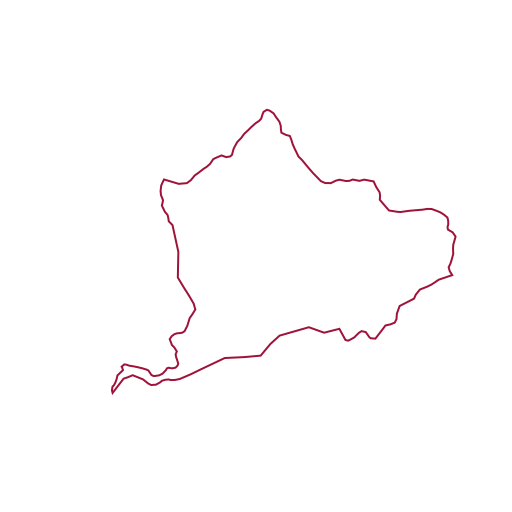 the district of Nagha Boguila, Ouham, Central African Republic, rotated 244°
{"feature_id": "33826404B99967621035211", "entity_name": "Nagha Boguila", "entity_type": "district", "adm_level": 2, "iso_a3": "CAF", "parent_name": "Central African Republic", "parent_adm1": "Ouham", "projection": "natural_earth1", "projection_center": [16.914, 7.123], "detail": "fine", "context": "isolated", "style": "outline", "palette": "rose", "viewbox_px": 512, "rotation_deg": 244, "n_neighbors": 0, "source": "geoboundaries", "source_scale": "gbopen_adm2", "svg_char_len": 2609}
<svg xmlns="http://www.w3.org/2000/svg" viewBox="0 0 512 512"><g transform="rotate(244 256 256)"><path d="M152.8,424.0L157.5,423.5L161.4,424.2L164.0,427.5L166.6,430.0L171.4,434.2L176.2,436.3L179.6,438.2L184.7,442.8L186.1,443.9L191.1,443.1L195.6,440.1L198.0,440.8L200.2,442.7L203.5,444.2L206.7,444.9L210.7,443.1L214.6,440.7L218.3,437.3L221.3,434.4L223.3,430.4L224.7,425.8L229.4,413.7L232.1,405.4L233.5,402.8L238.6,395.5L252.2,391.9L256.1,394.1L259.1,395.0L265.3,394.3L271.5,394.4L277.2,386.7L278.2,381.9L282.3,376.5L282.6,372.9L283.9,369.8L288.0,364.4L288.7,360.9L288.7,355.2L291.3,350.1L294.9,347.1L305.9,343.5L311.9,341.9L322.2,339.4L326.8,337.8L335.0,337.8L340.4,338.0L345.5,338.8L349.1,339.0L351.7,336.0L355.7,332.9L358.7,333.8L362.1,335.3L366.4,335.9L372.7,334.8L376.6,334.3L380.8,331.9L382.6,329.9L382.3,326.1L380.5,324.0L377.2,320.9L376.1,318.2L375.5,313.7L373.7,307.5L372.5,304.1L371.0,299.0L368.6,294.5L366.6,289.0L363.9,285.2L362.1,282.8L357.4,278.7L356.8,276.3L358.0,272.5L361.5,269.1L361.8,263.2L361.8,260.1L358.9,255.0L357.7,250.5L357.4,247.4L355.9,240.2L355.3,236.4L352.7,230.6L351.8,225.8L354.7,218.2L365.1,206.9L363.0,204.2L360.9,201.7L356.2,198.7L352.4,197.3L347.0,196.9L345.5,195.9L342.6,193.5L335.8,193.5L331.6,194.5L328.4,193.8L325.4,192.8L320.4,194.5L293.7,188.0L270.9,176.3L258.5,177.4L249.9,178.4L240.5,179.1L234.5,178.0L231.3,172.9L229.2,169.1L223.3,163.6L219.7,158.8L219.4,156.1L220.0,154.0L221.2,150.9L221.5,148.5L220.9,145.1L219.1,142.0L215.7,141.7L212.7,141.4L210.3,142.3L208.3,142.7L206.5,142.8L204.9,143.0L202.9,140.7L200.3,139.9L197.4,139.6L195.2,139.2L193.5,139.0L191.9,137.5L190.9,134.8L191.8,131.3L193.8,128.6L194.1,126.8L193.0,125.1L191.8,122.1L191.2,120.2L191.2,116.7L192.3,113.0L193.0,111.3L195.0,109.8L197.4,109.5L200.3,109.1L202.0,107.7L204.8,104.7L208.2,100.6L210.4,97.7L212.9,94.1L215.1,91.9L216.3,90.1L215.4,86.7L214.3,86.8L211.7,86.4L209.4,79.1L206.4,76.7L203.8,74.0L202.0,71.5L201.5,69.8L198.6,67.7L195.8,67.1L203.8,83.2L203.2,87.7L202.9,92.9L194.6,100.4L188.7,103.2L186.0,105.2L184.2,109.7L184.5,114.8L185.1,116.6L184.5,120.3L183.3,123.4L181.8,125.1L180.1,128.9L178.9,133.4L178.3,145.1L178.3,157.1L178.0,183.2L170.3,201.1L164.4,216.5L170.6,230.3L174.1,242.3L168.8,272.3L157.2,283.6L154.0,299.0L141.3,299.6L139.5,301.7L139.5,304.8L139.8,308.9L140.7,311.3L141.9,315.1L142.2,317.9L139.5,321.3L133.3,322.3L131.8,323.0L129.4,327.1L134.5,337.4L136.8,341.9L135.6,347.0L135.3,351.5L137.7,354.6L142.5,357.4L145.4,360.4L148.1,363.2L148.4,379.3L151.3,382.8L154.0,388.6L153.4,396.5L153.4,401.3L154.6,409.9L152.8,424.0Z" fill="none" stroke="#9f1239" stroke-width="2"/></g></svg>